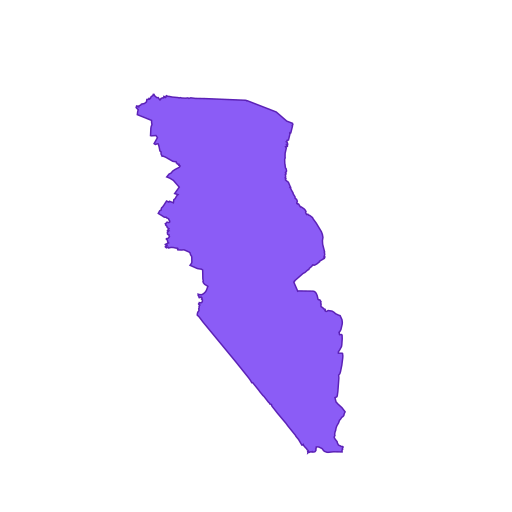 outline of Mueang Samut Songkhram, Samut Songkhram, Thailand, rotated 306°
{"feature_id": "78962969B53970702814040", "entity_name": "Mueang Samut Songkhram", "entity_type": "district", "adm_level": 2, "iso_a3": "THA", "parent_name": "Thailand", "parent_adm1": "Samut Songkhram", "projection": "mercator", "projection_center": [99.999, 13.396], "detail": "fine", "context": "isolated", "style": "filled", "palette": "violet", "viewbox_px": 512, "rotation_deg": 306, "n_neighbors": 0, "source": "geoboundaries", "source_scale": "gbopen_adm2", "svg_char_len": 6119}
<svg xmlns="http://www.w3.org/2000/svg" viewBox="0 0 512 512"><g transform="rotate(306 256 256)"><path d="M148.1,440.8L149.5,439.7L150.6,439.7L151.2,438.9L152.3,438.9L152.8,438.5L152.8,438.1L151.9,436.7L152.0,436.1L151.5,433.9L152.7,431.5L153.4,430.9L154.4,427.5L155.0,426.2L155.4,425.7L157.3,425.3L158.0,424.4L160.3,423.3L161.6,423.0L164.1,421.8L166.3,421.2L169.5,420.9L172.2,420.1L173.6,420.3L175.8,420.2L177.3,420.7L178.5,420.8L180.5,420.0L182.3,419.7L183.8,414.7L184.5,408.5L184.9,407.4L184.9,406.6L187.9,403.1L189.4,404.1L190.5,404.0L194.6,401.8L206.1,394.7L208.2,392.9L210.1,393.0L212.4,392.2L218.1,389.6L224.3,386.2L226.2,385.0L228.0,383.3L228.0,382.8L225.8,379.8L226.8,379.0L229.2,378.9L233.0,378.4L234.6,377.6L239.7,374.4L242.4,372.3L242.7,371.8L242.6,371.1L241.5,369.9L241.9,369.2L242.9,368.5L243.1,368.0L244.7,368.2L246.5,367.9L251.5,365.8L253.1,364.8L255.0,363.0L257.2,359.1L256.7,357.6L256.1,354.4L256.3,352.0L256.1,349.9L254.3,346.4L252.7,345.7L252.3,345.1L252.3,343.9L253.2,343.7L253.5,343.1L253.0,341.7L253.4,340.7L253.3,338.4L254.8,337.1L255.4,337.0L255.9,335.9L257.2,335.5L258.0,333.4L257.4,332.3L257.4,331.7L259.9,328.8L261.2,326.6L261.6,325.2L261.5,323.6L260.8,322.4L252.8,311.0L252.0,310.5L257.1,301.9L258.0,302.2L258.5,301.8L269.5,304.3L271.5,305.3L275.3,306.1L275.8,306.6L276.5,306.6L277.3,306.4L280.6,307.2L281.9,307.0L282.4,307.3L282.5,308.2L283.1,308.8L285.4,309.9L288.7,310.8L289.0,310.5L289.7,310.7L293.1,312.2L293.9,312.0L294.2,312.7L295.7,312.3L295.5,311.5L297.6,310.7L299.2,309.1L299.6,309.1L304.7,303.0L307.5,300.7L310.4,299.2L312.5,297.0L314.1,294.6L318.0,285.4L319.6,280.4L320.3,279.1L320.4,275.4L319.9,274.5L320.3,273.4L319.3,272.5L320.3,270.6L321.5,270.2L321.5,269.9L322.1,268.7L322.4,267.3L322.3,263.7L321.8,263.2L323.1,259.8L322.6,259.4L322.8,258.7L322.5,258.2L323.0,257.7L324.5,257.3L325.3,256.2L325.7,255.4L325.7,253.7L326.8,252.8L328.2,249.4L328.7,249.1L330.4,245.4L331.1,244.3L331.8,243.8L331.5,243.3L332.0,243.3L334.5,239.2L334.8,238.2L334.7,236.8L334.9,235.1L336.4,234.6L336.5,234.2L336.3,233.8L336.6,233.5L337.3,233.5L337.8,233.2L339.1,231.9L340.1,232.1L340.6,230.9L341.1,230.7L341.9,231.1L342.9,230.6L344.3,229.1L344.6,228.0L347.3,225.5L347.4,225.2L351.0,222.4L352.6,221.9L352.9,221.5L356.2,219.2L361.3,217.0L361.7,215.6L362.1,215.7L363.1,216.9L363.3,216.9L363.7,216.6L363.6,216.3L363.7,216.0L364.7,216.0L364.6,215.4L365.0,215.7L365.4,215.6L366.2,214.5L366.2,213.6L366.5,213.8L367.9,213.2L368.9,214.1L374.5,211.8L375.1,211.2L375.4,211.4L375.6,211.2L375.7,211.7L376.0,211.8L382.4,209.2L382.8,208.6L383.2,208.5L383.5,208.7L384.1,208.5L384.8,207.5L383.2,201.6L384.4,187.7L377.3,160.7L376.5,157.7L376.0,157.1L376.1,156.4L353.3,122.1L347.9,114.4L345.6,110.2L344.0,109.1L343.9,108.0L342.3,106.3L340.2,103.1L339.6,101.6L338.7,100.9L338.3,99.7L335.4,94.9L334.1,92.0L333.3,90.8L333.1,89.3L332.8,89.2L331.8,89.7L331.1,89.7L330.8,89.3L331.2,88.4L330.9,87.7L330.3,88.3L329.6,88.2L329.3,88.0L328.9,87.3L327.5,86.5L326.7,86.8L325.8,86.6L326.2,85.0L326.7,83.8L325.8,82.7L326.0,80.3L326.3,79.2L326.8,78.5L326.4,77.9L325.1,78.3L323.4,77.5L321.3,78.0L320.9,77.7L320.7,76.8L320.2,76.8L319.9,77.3L318.5,75.7L316.3,76.8L313.8,76.1L311.5,74.0L310.1,74.0L308.8,73.0L307.7,73.5L307.4,72.5L307.5,71.4L307.2,71.2L305.6,71.8L305.1,74.7L303.1,75.5L300.6,76.9L304.3,91.8L302.5,93.2L301.3,94.5L298.9,95.2L297.5,95.9L291.4,99.9L291.7,100.7L294.7,104.3L293.8,106.7L287.0,107.5L287.1,109.1L288.7,110.1L289.2,111.0L287.5,113.3L284.8,116.2L284.4,116.9L284.5,117.7L283.7,118.6L282.8,119.1L281.5,121.4L282.1,122.0L282.8,124.7L283.7,133.0L284.6,134.9L285.3,135.8L285.1,136.4L284.5,136.8L284.6,138.0L284.2,138.4L285.0,139.8L284.8,140.1L284.0,140.3L284.3,141.0L284.2,141.7L282.7,141.8L278.5,139.7L275.8,138.7L273.0,138.5L271.2,137.5L267.5,137.3L268.3,140.5L268.6,144.7L266.6,153.4L258.7,153.5L259.8,156.8L257.8,156.5L254.9,156.9L253.3,156.4L250.5,157.9L249.4,153.8L248.4,153.8L247.9,151.3L242.9,151.6L240.7,151.6L239.5,151.3L238.3,151.7L237.6,152.2L235.9,151.5L233.0,151.9L233.4,156.9L233.4,158.3L233.8,159.6L234.6,160.6L234.3,161.5L234.6,162.2L234.7,163.5L234.1,164.1L233.9,165.1L233.4,165.8L232.7,166.2L231.8,165.8L231.1,164.1L230.2,164.1L228.8,163.7L228.7,164.3L228.0,164.6L227.6,166.6L227.0,167.2L226.8,168.3L226.9,169.5L225.7,169.4L225.4,170.5L224.6,169.6L224.2,170.6L223.4,170.2L223.0,170.4L221.6,171.7L221.6,172.1L222.0,173.2L221.2,173.7L220.8,174.6L219.3,174.6L218.3,174.3L217.5,173.4L217.1,173.4L216.9,173.6L216.8,174.7L216.3,175.6L215.5,176.2L215.2,177.5L212.2,175.9L212.2,176.7L212.6,177.4L212.3,177.9L211.3,177.8L210.7,177.0L210.3,177.1L210.0,177.5L210.0,178.8L211.4,179.7L211.1,180.6L213.0,182.2L214.3,184.2L215.4,186.7L216.2,188.0L216.2,188.3L215.2,188.7L215.0,189.1L217.1,192.3L218.7,194.1L219.9,199.7L219.8,200.7L218.5,202.4L218.0,203.9L217.2,204.8L213.2,207.8L212.1,208.1L209.7,208.1L211.2,215.1L211.5,216.2L213.3,219.7L213.3,221.1L206.2,226.5L204.9,228.0L204.3,228.0L203.9,228.5L203.4,229.2L202.9,231.1L203.2,234.9L199.3,236.0L197.4,236.2L195.4,235.9L193.5,235.2L192.6,234.6L191.4,232.6L191.1,231.6L190.0,232.5L189.7,233.6L188.9,234.4L189.2,235.0L190.5,235.6L190.6,236.2L190.2,237.2L189.1,237.3L189.0,238.5L188.7,238.7L187.5,239.4L186.3,239.3L185.7,238.9L185.0,237.5L184.3,237.8L183.5,237.7L183.3,237.9L183.3,239.4L181.8,239.5L181.0,240.3L179.6,240.7L178.6,241.8L177.7,242.0L176.3,241.9L174.4,242.7L173.6,243.3L173.4,245.4L171.4,252.0L158.5,301.9L153.2,321.3L152.1,324.7L151.0,327.0L151.6,327.7L149.0,337.3L148.3,339.4L147.2,343.7L147.1,345.0L145.1,351.8L144.9,353.4L144.4,354.1L145.0,355.8L144.2,356.5L143.8,357.5L141.4,365.9L138.2,378.8L137.3,381.5L134.1,393.4L133.6,394.3L132.6,398.2L130.0,404.2L130.6,404.6L130.6,405.1L131.1,404.8L131.4,405.0L130.8,405.6L130.0,408.7L129.9,410.0L129.3,411.3L129.3,412.3L128.8,413.4L128.5,413.4L128.1,412.9L127.6,413.5L127.2,413.7L128.0,413.9L128.3,414.4L129.8,415.4L130.2,416.3L130.8,416.4L130.7,417.2L132.1,418.6L132.8,418.8L134.4,418.6L135.0,417.7L136.0,417.6L136.8,417.0L137.6,417.7L138.4,419.1L139.0,422.4L138.9,423.3L138.3,424.9L138.2,426.2L138.9,428.7L139.5,429.7L143.2,433.8L148.1,440.8Z" fill="#8b5cf6" stroke="#5b21b6" stroke-width="1.5"/></g></svg>